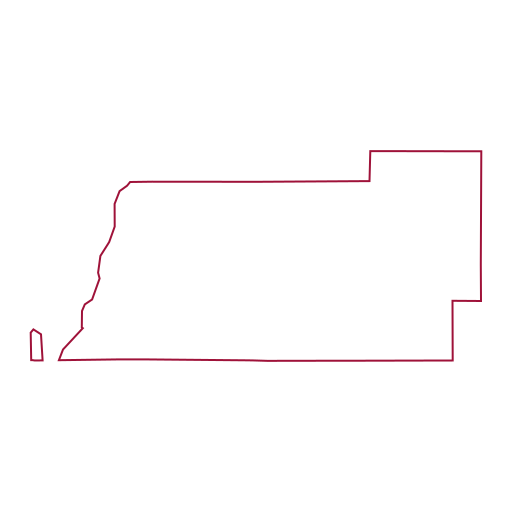 outline of Pasco, Florida, United States of America
{"feature_id": "52423323B1474651347139", "entity_name": "Pasco", "entity_type": "district", "adm_level": 2, "iso_a3": "USA", "parent_name": "United States of America", "parent_adm1": "Florida", "projection": "natural_earth1", "projection_center": [-82.587, 28.325], "detail": "fine", "context": "isolated", "style": "outline", "palette": "rose", "viewbox_px": 512, "rotation_deg": 0, "n_neighbors": 0, "source": "geoboundaries", "source_scale": "gbopen_adm2", "svg_char_len": 651}
<svg xmlns="http://www.w3.org/2000/svg" viewBox="0 0 512 512"><path d="M145.6,359.4L245.2,360.3L252.4,360.4L268.8,360.9L281.1,360.8L290.4,360.8L366.1,360.7L452.7,360.5L452.5,300.8L481.0,301.0L480.8,264.3L480.9,241.8L481.3,151.3L370.3,151.1L369.5,181.1L257.2,181.8L151.9,181.7L130.1,182.0L127.1,185.7L119.6,191.1L114.6,203.9L114.7,226.6L109.2,242.0L107.9,244.1L100.4,255.9L98.1,272.7L99.6,278.5L92.1,299.5L84.8,304.4L82.0,311.0L81.8,327.5L82.8,328.2L63.0,349.5L58.9,360.2L118.6,359.4L133.8,359.4L145.6,359.4ZM42.6,360.4L41.0,334.3L33.4,329.4L30.7,332.6L31.2,360.1L32.3,360.1L34.8,360.5L42.6,360.4Z" fill="none" stroke="#9f1239" stroke-width="2"/></svg>